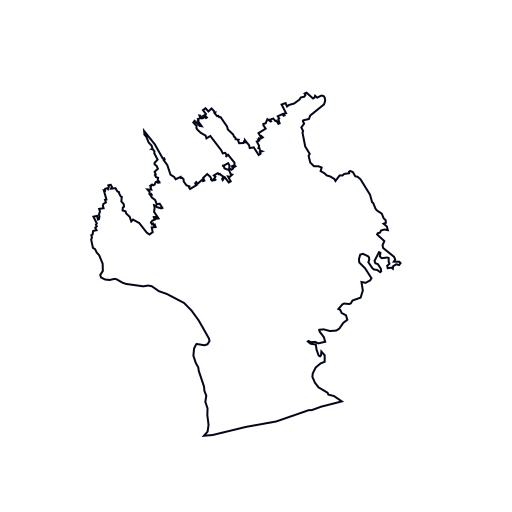 outline of Bantul, Yogyakarta, Indonesia, rotated 322°
{"feature_id": "22746128B15956982783625", "entity_name": "Bantul", "entity_type": "district", "adm_level": 2, "iso_a3": "IDN", "parent_name": "Indonesia", "parent_adm1": "Yogyakarta", "projection": "equal_earth", "projection_center": [110.384, -7.898], "detail": "fine", "context": "isolated", "style": "outline", "palette": "ink", "viewbox_px": 512, "rotation_deg": 322, "n_neighbors": 0, "source": "geoboundaries", "source_scale": "gbopen_adm2", "svg_char_len": 6163}
<svg xmlns="http://www.w3.org/2000/svg" viewBox="0 0 512 512"><g transform="rotate(322 256 256)"><path d="M288.8,112.2L289.2,116.9L287.8,118.5L287.6,120.3L288.3,124.9L290.4,130.1L289.4,132.8L293.9,133.3L293.7,151.3L293.0,154.7L295.2,155.7L295.0,158.7L293.1,159.2L296.3,159.0L296.5,169.2L294.8,171.5L295.1,172.6L293.5,172.5L293.6,170.8L292.3,170.5L291.6,173.0L289.7,172.9L288.9,170.3L290.8,168.5L291.2,165.7L286.1,164.9L285.3,163.8L285.7,166.1L285.1,167.6L287.6,171.7L286.5,175.9L287.3,177.2L284.1,177.4L282.9,176.1L282.0,181.6L279.8,181.3L279.9,174.6L278.5,174.0L278.3,175.1L276.5,175.7L276.7,174.4L279.3,173.7L278.3,170.8L279.0,170.8L278.2,170.4L278.1,169.0L277.0,168.7L276.9,167.2L272.4,166.6L272.8,168.6L270.6,169.4L270.9,170.9L270.2,170.9L269.2,168.6L269.5,170.3L267.8,169.6L267.6,168.1L268.4,167.3L268.7,165.1L268.0,161.4L262.5,161.9L261.7,164.8L260.3,164.4L260.4,162.8L254.2,163.1L254.5,161.0L253.8,160.9L252.8,161.4L252.6,163.5L245.3,162.6L245.4,160.9L246.4,160.2L244.7,157.4L244.9,152.8L246.2,150.8L245.9,149.0L244.9,148.4L245.4,147.3L239.9,146.0L240.2,143.4L238.7,139.3L242.1,129.7L242.3,123.6L243.4,123.7L243.8,122.4L242.6,121.5L245.0,105.8L244.8,88.6L242.8,91.7L243.0,94.5L241.3,100.4L241.7,104.7L240.5,107.9L239.7,107.7L240.4,108.7L240.4,111.0L239.1,112.4L237.8,119.5L233.5,120.1L232.6,121.1L233.1,124.1L232.4,126.9L228.0,127.2L227.1,130.1L226.2,130.0L225.8,132.3L227.0,134.1L224.9,136.1L225.6,137.8L225.2,138.7L223.8,137.9L223.6,136.4L222.4,136.0L220.1,137.3L218.6,137.1L218.1,135.7L216.0,135.6L216.2,136.4L215.3,136.7L214.4,139.3L211.4,136.7L211.6,140.1L210.2,141.4L210.2,142.7L211.6,142.7L211.5,143.7L210.3,143.5L209.9,145.7L211.0,149.8L209.7,154.2L212.3,155.5L211.8,160.5L210.7,160.2L208.0,156.5L208.1,154.8L207.0,153.2L205.9,155.5L202.9,158.4L202.3,166.4L200.3,165.2L200.7,163.3L199.4,162.4L198.5,165.0L196.1,164.3L193.8,164.9L193.6,167.1L194.8,167.1L194.4,169.2L195.5,169.1L194.7,171.4L191.4,169.3L189.3,173.6L185.3,173.5L184.3,170.3L184.3,158.2L181.5,151.6L179.0,152.0L180.6,147.3L179.9,142.6L180.7,140.4L178.9,138.0L180.8,135.9L182.3,135.9L183.7,133.7L183.5,130.1L186.6,126.8L186.1,125.8L186.6,122.6L187.4,121.4L186.5,119.9L187.0,116.0L183.2,113.7L185.0,112.9L185.4,110.5L183.8,109.6L183.1,109.4L182.7,110.9L180.6,112.1L180.7,111.1L178.5,110.2L177.2,111.6L176.5,110.6L172.9,119.4L171.6,118.8L170.7,121.4L167.8,121.0L166.3,122.1L165.3,124.5L161.4,122.3L160.5,124.8L157.7,126.7L157.0,128.5L154.9,130.3L153.9,130.0L155.4,126.5L152.1,124.9L150.6,132.3L149.1,132.8L148.8,134.6L146.7,134.8L146.2,137.5L143.1,136.0L140.4,138.5L139.1,138.2L138.1,140.4L136.2,141.6L132.5,149.2L133.4,151.6L132.6,155.2L132.9,158.8L130.4,167.7L126.1,173.5L121.6,175.0L120.7,177.6L122.6,181.6L125.9,184.8L130.4,186.9L131.8,188.5L134.4,194.9L136.5,198.1L148.5,210.5L152.7,212.8L155.2,215.5L157.8,223.9L162.4,231.1L170.4,248.7L171.6,259.3L171.2,271.0L170.0,279.6L168.1,292.1L167.0,294.4L163.4,295.7L160.4,294.6L155.1,288.8L154.3,288.8L150.2,290.8L145.3,296.0L142.7,303.2L141.9,308.3L140.2,311.2L134.6,327.0L132.3,330.5L130.8,335.5L126.3,339.7L124.0,346.2L119.7,351.4L114.6,359.9L109.7,364.6L104.3,365.6L111.5,370.3L142.7,384.4L170.0,398.8L202.8,410.0L205.1,411.8L214.7,414.9L234.1,423.4L231.2,414.3L227.7,409.8L228.2,407.8L224.4,398.0L224.4,392.3L226.0,386.0L228.4,383.5L234.4,380.6L240.7,380.4L245.0,381.6L249.0,376.5L248.7,371.5L246.1,374.3L244.7,374.5L244.1,373.0L246.0,367.2L248.6,362.6L245.0,358.7L244.2,355.3L245.1,355.3L246.1,357.6L249.7,360.1L251.3,363.2L257.7,366.2L259.5,361.8L259.6,354.7L260.4,353.1L264.1,355.4L268.1,360.7L273.4,364.2L276.9,364.5L283.7,362.4L288.7,362.5L290.4,358.1L288.4,353.7L289.2,350.3L288.3,348.5L294.3,347.3L296.1,347.7L300.0,351.3L301.5,351.7L304.7,350.5L312.8,353.2L318.9,349.0L323.1,341.4L325.8,344.6L330.9,345.5L333.3,344.6L334.4,332.8L333.4,324.7L335.2,321.8L339.0,319.1L341.6,320.1L344.1,325.1L344.2,326.6L343.1,328.5L340.7,330.1L340.2,337.4L340.6,339.2L342.9,341.6L343.9,345.2L345.3,345.1L346.6,342.7L347.0,337.4L345.6,335.2L346.4,332.8L355.3,328.7L356.0,330.1L353.3,332.6L353.7,335.1L358.6,338.1L359.3,339.4L357.1,342.0L356.4,344.3L353.3,344.5L352.3,346.7L355.6,348.6L356.0,350.3L357.8,348.5L361.5,348.9L363.1,351.2L365.5,350.6L365.4,348.8L361.1,345.3L363.5,344.5L364.3,341.7L361.1,327.9L362.4,325.4L366.3,323.3L364.7,313.6L365.9,313.0L368.1,313.9L370.3,312.9L373.5,314.2L375.8,316.8L377.3,313.2L376.4,309.1L378.8,309.8L380.2,307.6L379.8,304.9L381.2,300.1L379.3,294.5L379.3,292.2L381.0,286.4L380.6,285.1L383.6,277.9L385.6,259.7L384.8,256.1L383.3,254.3L384.0,249.6L382.6,247.0L381.2,246.9L380.3,248.1L376.0,245.6L373.7,245.8L371.5,244.0L364.8,245.8L365.2,243.6L363.4,238.9L361.3,236.0L360.9,233.0L359.2,228.9L362.2,226.7L360.5,223.8L356.9,220.9L356.3,215.8L359.1,209.5L361.2,208.6L362.2,200.0L368.6,187.4L370.0,186.6L370.9,182.6L375.4,181.3L376.0,178.5L376.8,178.2L382.0,180.6L385.2,178.7L402.9,178.4L406.1,176.3L407.7,173.4L407.7,171.5L406.2,169.8L401.7,168.9L401.2,166.1L399.5,167.2L397.9,167.0L396.4,158.4L394.3,157.9L394.1,159.6L392.2,160.2L388.9,158.7L386.6,159.5L379.9,159.3L375.0,157.3L372.5,157.3L373.4,153.7L369.4,152.4L367.6,162.0L365.2,160.9L365.0,162.7L364.1,162.4L364.3,160.5L359.2,159.3L358.9,161.9L357.8,162.0L356.3,166.0L355.0,165.6L355.4,162.0L354.4,161.6L354.2,158.3L350.8,157.1L350.8,159.1L350.3,159.0L349.2,155.2L345.3,157.4L343.1,156.4L342.3,157.6L342.0,161.6L333.6,160.7L333.2,164.5L334.0,164.6L334.4,166.7L331.6,166.3L330.8,165.2L329.9,166.5L329.4,165.9L329.2,166.9L327.1,166.3L326.3,171.0L324.4,172.5L325.1,173.1L324.1,175.6L325.2,177.2L323.0,176.5L322.6,178.2L320.3,178.1L321.1,169.0L317.5,167.1L318.7,164.5L318.6,158.0L317.5,159.5L316.9,158.4L315.7,159.3L312.1,156.7L312.9,154.2L313.9,153.7L311.8,151.4L312.6,150.0L312.2,148.4L312.8,146.1L311.7,138.9L312.9,136.3L313.6,124.8L312.5,124.0L312.6,122.4L311.5,121.9L311.3,118.2L312.3,117.8L311.5,117.2L312.1,116.1L311.8,112.4L307.5,112.8L307.2,108.5L304.0,108.4L304.0,113.2L302.4,113.4L302.5,116.6L301.5,116.5L301.5,113.5L300.8,113.6L300.6,112.3L299.9,115.6L299.6,114.4L298.2,114.3L298.5,111.2L297.9,110.5L297.1,113.2L294.5,112.3L294.0,113.9L293.3,113.8L293.1,120.3L291.7,118.8L290.8,111.7L288.8,112.2Z" fill="none" stroke="#020617" stroke-width="2"/></g></svg>